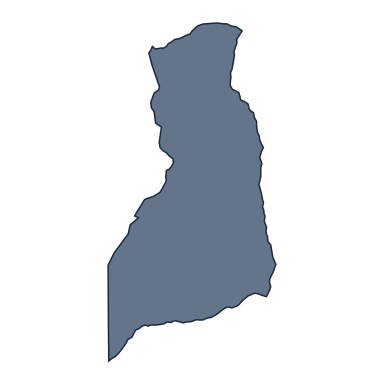 the district of Alto Paraná, Paraná, Brazil
{"feature_id": "56859067B34813468974748", "entity_name": "Alto Paraná", "entity_type": "district", "adm_level": 2, "iso_a3": "BRA", "parent_name": "Brazil", "parent_adm1": "Paraná", "projection": "robinson", "projection_center": [-52.31, -23.07], "detail": "fine", "context": "isolated", "style": "filled", "palette": "slate", "viewbox_px": 384, "rotation_deg": 0, "n_neighbors": 0, "source": "geoboundaries", "source_scale": "gbopen_adm2", "svg_char_len": 2207}
<svg xmlns="http://www.w3.org/2000/svg" viewBox="0 0 384 384"><path d="M242.1,30.9L236.6,27.0L230.9,25.9L227.2,23.9L223.0,23.8L217.1,23.0L211.8,23.3L202.7,24.1L197.7,25.9L195.6,27.7L192.3,30.7L190.2,33.9L185.8,35.5L183.3,36.8L179.1,38.7L174.7,39.5L170.8,42.4L168.3,43.6L166.5,46.5L163.5,48.1L160.5,48.1L155.4,49.1L152.4,46.5L150.9,50.0L148.8,53.0L152.1,65.4L159.5,87.0L158.4,90.3L154.2,92.9L150.8,102.3L151.3,107.6L154.1,111.9L155.6,123.1L161.4,127.1L159.2,142.5L160.1,147.6L163.3,150.9L166.6,152.9L168.9,155.7L173.1,158.9L173.4,163.1L171.1,166.9L169.0,169.4L166.4,170.5L165.8,177.1L166.3,180.3L165.0,183.5L160.2,192.1L156.4,194.7L153.4,196.5L148.9,197.8L144.7,199.5L136.5,212.7L134.7,216.0L138.4,217.8L130.1,225.0L128.3,233.8L114.1,253.0L108.1,265.3L108.4,324.2L108.8,361.0L111.5,358.7L115.1,356.7L118.8,353.0L121.5,349.6L126.0,343.3L127.7,339.7L132.0,337.1L134.2,332.7L135.9,329.8L138.6,329.0L141.9,326.3L145.0,325.1L148.2,326.1L150.9,324.9L155.1,325.1L160.7,324.4L164.0,323.8L166.9,321.9L170.9,322.5L173.9,320.8L176.9,321.1L180.4,322.0L183.2,322.9L186.3,322.0L191.6,321.5L195.9,319.8L200.1,320.0L202.8,320.0L207.3,318.0L210.7,317.6L214.9,315.4L218.5,313.1L221.8,310.2L225.1,308.1L228.0,306.9L231.8,307.9L234.9,306.8L238.1,305.4L240.3,303.1L242.6,300.5L245.3,298.3L247.8,296.1L252.1,294.2L255.1,293.0L259.3,294.3L266.3,296.7L268.1,293.4L269.8,289.7L270.7,286.5L269.5,282.6L269.7,279.4L271.2,275.8L273.0,272.4L274.3,268.7L275.9,264.3L274.4,261.2L272.7,256.6L271.7,250.9L270.8,245.0L267.9,241.4L267.5,236.5L266.3,233.8L266.0,230.6L266.6,227.0L265.3,224.1L264.3,221.2L265.0,216.3L264.0,213.4L263.7,209.8L262.5,207.1L263.5,202.8L262.5,199.5L261.7,195.0L260.1,188.3L258.9,184.7L259.8,180.9L260.7,177.0L260.8,172.7L260.8,167.7L261.9,163.4L259.7,157.4L260.7,153.9L261.9,150.3L263.4,147.4L261.2,143.5L259.6,139.4L259.2,136.0L257.4,132.0L256.6,125.5L256.5,121.3L254.4,117.6L253.5,112.7L250.9,111.1L249.2,108.8L247.9,103.8L244.5,101.6L240.5,99.9L240.0,96.5L238.8,92.6L235.9,91.1L232.4,89.3L230.0,85.3L230.3,82.2L230.9,77.6L230.5,72.8L232.1,68.9L232.6,66.0L233.2,63.0L233.8,59.0L234.4,55.3L233.9,51.9L235.4,47.0L236.9,42.8L236.6,39.3L239.2,35.5L242.1,30.9Z" fill="#64748b" stroke="#1e293b" stroke-width="1.5"/></svg>